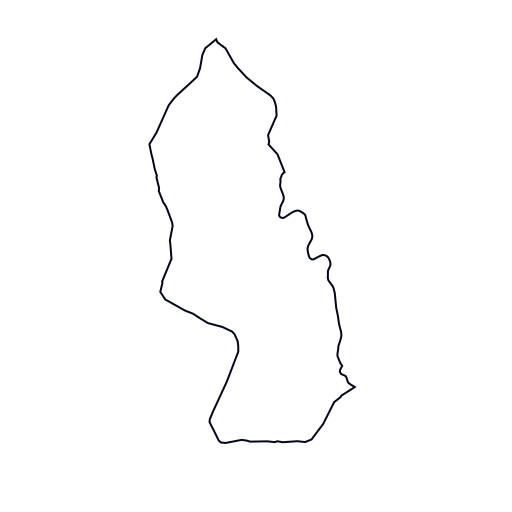 Amatitlán, Guatemala, rotated 22°
{"feature_id": "79465075B1608091480167", "entity_name": "Amatitlán", "entity_type": "district", "adm_level": 2, "iso_a3": "GTM", "parent_name": "Guatemala", "parent_adm1": "", "projection": "natural_earth1", "projection_center": [-90.597, 14.456], "detail": "fine", "context": "isolated", "style": "outline", "palette": "ink", "viewbox_px": 512, "rotation_deg": 22, "n_neighbors": 0, "source": "geoboundaries", "source_scale": "gbopen_adm2", "svg_char_len": 2759}
<svg xmlns="http://www.w3.org/2000/svg" viewBox="0 0 512 512"><g transform="rotate(22 256 256)"><path d="M251.1,167.6L237.8,153.6L225.8,147.9L225.5,145.3L221.9,139.3L222.5,118.1L218.5,109.7L215.7,106.1L213.0,103.4L209.1,101.7L193.5,98.1L180.4,94.0L168.7,88.5L163.1,85.4L150.0,74.9L140.3,72.4L139.0,71.1L137.9,69.9L131.1,82.4L131.0,89.9L133.8,102.9L134.2,111.8L130.1,120.7L122.7,136.1L121.0,140.4L118.6,148.9L117.5,178.9L115.3,192.3L120.9,200.8L123.8,204.7L129.7,213.5L134.1,218.8L134.1,220.2L140.6,229.2L141.6,232.3L144.8,235.6L149.9,241.0L153.9,243.7L157.7,247.6L165.7,256.4L167.5,259.5L170.3,273.8L172.7,278.2L173.9,280.6L178.7,290.3L178.5,314.9L179.3,315.8L180.7,325.1L188.1,330.3L210.7,333.2L219.1,333.1L229.0,335.0L236.6,336.2L251.5,334.4L262.1,335.0L265.5,336.6L270.9,341.9L273.2,346.0L275.4,351.3L276.0,383.5L274.4,416.3L274.3,424.5L275.1,427.4L281.7,433.1L290.5,441.0L293.2,442.1L297.9,440.7L311.7,431.8L316.8,430.6L320.1,430.3L335.9,423.6L343.3,421.5L345.1,419.8L350.4,418.7L363.8,412.2L371.3,410.1L376.2,405.3L381.2,386.6L383.2,362.2L387.3,355.1L387.3,353.7L396.7,340.5L394.5,340.1L392.2,339.8L390.8,339.4L389.5,339.1L388.1,338.2L386.9,336.6L385.7,335.2L384.4,333.9L382.7,333.6L380.9,333.6L379.0,333.5L377.3,332.0L376.6,330.6L376.8,328.0L377.1,325.7L375.9,324.7L374.6,324.0L373.7,323.1L372.6,322.0L371.4,320.7L370.3,319.6L369.2,318.5L368.4,316.8L368.0,315.5L367.7,314.3L367.4,313.0L367.2,311.8L366.6,310.0L366.1,308.7L366.1,307.4L365.7,301.7L365.3,299.1L364.7,297.1L363.9,295.6L362.9,293.9L361.5,292.1L358.3,287.7L357.1,285.6L355.5,282.8L353.2,279.1L350.3,274.8L349.3,273.1L348.2,271.0L343.0,261.0L341.0,258.2L339.6,256.4L337.9,255.0L335.5,253.5L333.7,252.4L332.3,251.5L331.3,250.2L330.6,249.0L330.1,247.5L329.1,244.9L328.3,242.9L328.3,240.8L328.4,239.1L328.4,237.6L328.2,235.8L327.2,234.0L326.3,232.8L325.2,231.7L323.9,230.6L322.7,229.9L321.0,229.5L319.9,229.5L318.8,229.7L317.1,230.2L316.0,231.4L314.8,232.6L311.3,236.7L310.4,237.7L309.1,238.2L307.4,238.0L306.1,237.3L305.1,236.3L303.8,234.6L301.9,231.7L300.8,229.2L300.6,227.4L300.7,225.8L300.8,224.3L301.3,220.3L301.4,218.7L301.0,217.1L300.5,215.9L299.5,214.4L298.3,213.0L296.1,211.0L293.1,208.2L291.4,206.2L288.6,202.7L286.9,200.3L285.9,199.3L284.5,198.8L283.2,198.4L281.3,198.2L279.5,197.9L277.9,198.1L276.5,198.9L275.6,199.5L274.7,200.4L273.4,201.8L271.4,204.5L268.7,208.6L267.5,210.1L266.1,210.9L264.5,211.0L263.2,210.6L262.2,209.7L261.7,207.9L261.4,206.5L260.9,204.0L260.3,201.6L260.2,200.3L260.3,198.6L260.4,197.2L260.6,195.3L260.5,193.8L260.3,192.6L259.4,190.5L258.3,189.1L257.1,187.8L255.0,185.6L253.4,183.8L252.5,182.7L251.8,181.3L251.3,179.3L250.6,177.3L250.0,176.0L249.6,174.9L249.7,173.1L249.6,171.2L250.3,168.7L251.1,167.6Z" fill="none" stroke="#020617" stroke-width="2"/></g></svg>